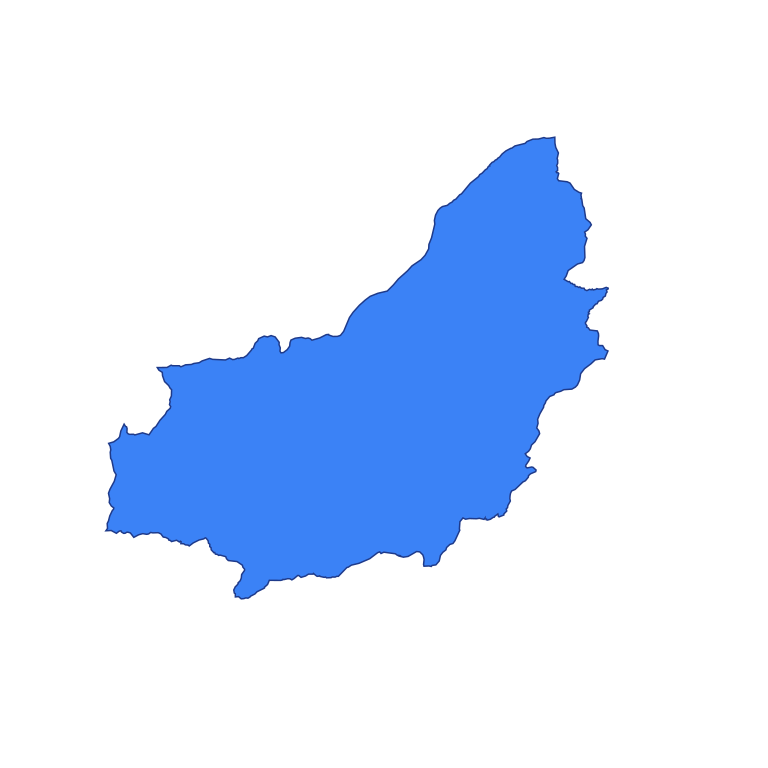 Huye, Southern, Rwanda, rotated 223°
{"feature_id": "39286606B50862047870193", "entity_name": "Huye", "entity_type": "district", "adm_level": 2, "iso_a3": "RWA", "parent_name": "Rwanda", "parent_adm1": "Southern", "projection": "equal_earth", "projection_center": [29.71, -2.532], "detail": "fine", "context": "isolated", "style": "filled", "palette": "blue", "viewbox_px": 768, "rotation_deg": 223, "n_neighbors": 0, "source": "geoboundaries", "source_scale": "gbopen_adm2", "svg_char_len": 6159}
<svg xmlns="http://www.w3.org/2000/svg" viewBox="0 0 768 768"><g transform="rotate(223 384 384)"><path d="M319.9,177.4L317.8,177.9L317.1,180.3L316.5,185.1L315.7,185.8L312.8,186.0L310.4,190.1L309.6,193.4L306.2,196.6L306.4,197.3L302.2,197.6L301.2,198.2L300.2,199.8L299.6,199.6L295.9,201.8L295.0,203.0L293.9,203.0L290.6,206.3L290.2,207.6L288.1,209.4L287.4,211.1L286.2,212.2L286.0,224.5L285.2,225.7L284.3,229.3L280.0,235.8L275.3,246.5L273.6,256.4L272.6,258.3L270.6,258.0L269.4,260.9L259.9,267.6L257.6,267.8L256.0,268.9L256.3,268.2L255.9,268.3L251.7,270.6L248.8,274.3L245.9,283.7L243.4,285.6L239.1,285.5L237.2,284.5L235.0,283.0L232.0,279.0L230.5,278.0L227.0,281.6L225.0,282.8L225.1,284.1L222.7,287.1L222.9,292.2L225.8,297.1L226.2,300.9L225.6,304.9L226.7,307.1L226.4,311.6L224.8,314.4L225.2,317.7L228.9,328.8L229.9,329.3L234.6,335.1L234.9,339.9L232.2,340.7L229.8,343.9L224.5,348.5L222.7,350.8L218.5,353.2L218.7,354.8L218.2,354.2L217.0,355.1L216.6,354.5L215.5,355.1L213.9,357.7L213.2,360.9L212.5,361.9L212.8,362.7L212.1,366.6L210.1,365.2L209.2,365.3L207.0,369.9L207.7,370.8L207.6,374.8L209.4,376.0L209.3,377.8L210.5,379.5L211.8,384.6L213.8,386.0L215.7,388.4L216.9,390.3L217.7,392.8L216.2,396.3L215.6,407.0L214.6,409.7L214.9,414.3L215.8,415.5L215.6,418.2L213.3,423.4L214.1,424.8L218.2,424.7L219.4,424.0L222.1,420.2L224.1,420.2L224.9,421.4L225.7,426.5L226.7,429.5L229.9,428.6L233.1,429.3L232.4,433.5L232.8,436.4L234.5,440.0L234.2,444.8L236.3,453.8L238.6,455.3L242.3,456.0L244.5,460.3L247.6,463.0L249.7,468.6L251.4,475.8L252.5,477.3L253.1,480.2L254.0,482.1L254.3,487.9L252.3,492.1L252.7,493.4L252.4,495.0L249.8,499.2L248.6,502.5L243.1,508.4L241.9,512.3L241.9,515.2L243.6,520.3L247.2,525.6L247.8,531.9L246.4,539.9L246.0,545.7L241.7,551.3L239.7,552.6L242.7,560.9L245.7,559.9L250.3,561.2L252.7,559.0L254.2,558.7L256.7,561.2L259.8,565.5L261.5,567.1L264.2,568.3L270.2,563.9L273.1,564.4L274.5,563.8L275.4,565.0L277.7,565.5L278.7,566.5L278.6,567.6L280.0,572.2L281.0,572.4L282.1,574.2L281.8,575.3L282.6,575.2L283.5,575.9L283.1,576.9L284.2,578.1L283.1,582.4L283.7,583.2L283.7,586.8L282.9,588.0L283.6,590.8L282.1,593.4L282.0,595.3L282.8,596.8L282.1,599.3L283.5,601.6L283.6,603.4L285.6,604.5L284.9,606.4L285.4,607.0L287.4,606.2L289.2,602.5L291.9,599.6L293.4,598.9L293.5,597.9L295.2,595.4L296.4,595.5L296.7,594.2L298.3,593.4L299.3,590.7L301.5,589.9L303.0,590.5L305.0,588.7L307.0,588.6L307.3,587.5L309.3,587.0L310.6,585.8L312.4,586.8L313.5,585.8L315.1,585.9L315.9,585.0L318.3,585.4L319.0,584.4L323.7,583.4L324.4,587.3L326.7,592.6L324.3,603.8L321.6,608.2L321.9,610.7L323.3,613.5L331.2,621.4L334.9,629.0L337.6,629.4L339.0,631.1L340.9,631.9L340.0,635.8L340.9,641.8L343.4,642.7L349.2,642.5L357.6,649.2L360.4,650.0L365.6,654.2L366.3,653.9L366.9,655.1L368.9,656.6L369.7,658.3L372.3,657.1L377.5,656.1L385.0,657.8L388.0,656.8L394.9,651.8L397.2,652.3L399.8,657.1L400.7,657.2L401.9,656.3L402.9,656.7L402.6,658.5L404.8,660.8L406.6,661.4L407.5,663.9L409.9,666.4L411.0,666.8L414.0,671.9L419.8,674.2L423.2,676.7L427.4,681.0L430.9,676.3L433.0,674.3L435.1,673.3L438.1,668.5L442.1,664.6L444.8,658.9L444.9,656.2L450.6,647.4L451.4,643.5L452.0,642.9L453.8,637.7L454.5,632.7L454.2,628.8L454.8,626.6L454.6,625.2L455.3,623.7L455.3,621.5L456.1,619.8L456.1,616.2L455.4,615.6L455.9,615.1L456.0,613.9L455.4,611.8L456.0,609.8L456.0,605.2L456.8,602.4L456.3,600.2L457.8,589.8L457.0,575.9L457.7,574.0L457.5,568.3L458.4,565.9L458.3,563.3L459.2,560.9L459.5,557.9L462.3,553.6L462.9,550.8L462.9,547.7L461.5,542.7L458.7,538.0L455.9,535.6L448.9,523.3L446.4,516.8L443.5,513.3L441.7,506.1L441.7,500.0L444.1,489.5L444.0,482.7L445.1,470.7L444.7,462.8L445.0,454.2L450.4,446.1L453.9,438.7L455.0,432.5L455.7,424.9L455.5,415.3L454.6,409.1L449.4,395.0L449.0,389.9L450.5,387.1L453.7,384.0L457.7,382.2L458.3,382.5L459.9,380.7L462.5,373.7L466.6,366.9L469.0,366.8L470.9,365.9L472.5,363.7L476.1,361.9L480.2,356.9L482.0,352.7L481.0,350.3L478.8,347.3L478.2,343.2L479.0,338.4L480.6,336.5L482.5,337.1L484.5,339.7L487.6,341.2L489.1,343.0L495.7,344.2L499.6,342.4L501.3,339.0L504.3,337.3L506.6,331.7L505.8,329.4L506.0,325.9L504.0,321.0L504.5,319.5L504.1,318.4L503.8,311.2L504.8,307.3L506.6,305.7L507.5,303.6L508.5,303.4L510.1,300.0L511.4,298.6L514.6,297.6L516.3,293.5L526.2,285.1L529.0,283.8L532.8,276.8L533.7,273.5L537.1,269.3L538.2,266.9L542.2,262.7L544.0,258.6L544.6,257.9L546.1,257.8L551.3,253.0L552.5,252.6L554.0,248.1L561.0,241.4L558.0,240.6L554.1,241.3L551.6,239.0L546.1,236.1L540.4,236.0L537.3,235.0L535.5,235.0L531.3,230.2L529.9,226.2L528.4,225.3L526.8,222.6L524.7,222.1L523.8,220.4L524.2,215.9L523.2,212.6L523.1,204.6L521.8,197.4L522.4,194.3L521.2,186.6L527.3,183.6L531.5,176.8L532.8,176.5L535.7,173.7L537.0,173.1L539.0,173.2L541.5,176.2L543.1,177.1L544.1,176.7L546.7,177.4L544.4,170.1L541.4,165.2L541.1,163.1L542.2,157.4L544.9,152.8L541.7,151.7L538.9,149.5L537.7,147.4L533.2,143.2L531.1,142.6L522.1,136.2L518.0,135.0L514.9,128.9L512.7,120.4L511.0,116.2L506.4,113.0L504.1,109.9L500.2,108.8L497.1,109.1L496.3,107.7L496.5,106.5L494.6,100.5L492.1,95.9L491.3,93.2L487.7,89.8L487.3,87.0L483.6,90.8L477.9,92.3L477.3,95.7L476.8,96.6L476.1,97.2L475.1,96.7L472.6,97.2L471.6,98.2L470.9,100.4L469.8,101.2L467.9,102.1L462.4,101.2L460.6,106.4L458.4,110.0L455.1,112.2L453.9,113.8L453.4,116.3L451.6,117.4L447.7,121.3L445.0,122.2L441.1,121.5L438.8,123.0L436.0,123.7L434.9,123.1L433.4,123.9L432.0,123.8L429.1,128.3L425.9,128.9L425.7,130.1L424.9,130.3L423.7,128.7L421.6,130.5L419.6,130.9L417.3,132.6L416.0,132.7L415.1,137.8L412.8,143.9L410.2,147.8L409.8,149.6L409.1,149.9L405.9,149.5L403.8,147.9L402.1,148.0L400.5,146.2L399.0,146.4L397.3,144.9L393.3,144.6L392.9,145.3L391.3,144.6L389.7,145.7L388.0,145.9L387.2,147.1L382.0,149.8L380.0,148.8L377.5,148.7L370.4,153.9L364.0,154.9L362.3,153.8L359.7,153.5L358.9,152.6L358.2,147.6L356.0,144.7L355.0,142.1L355.1,139.0L354.5,138.6L354.3,136.1L354.5,134.4L353.4,130.9L350.9,129.0L349.7,129.2L347.5,126.9L345.4,129.3L341.9,129.5L340.1,131.5L339.2,133.3L337.4,134.6L336.7,137.1L336.9,137.7L335.2,142.5L335.2,145.4L332.5,152.5L332.3,153.3L332.8,153.8L332.4,157.9L334.0,162.2L325.6,169.9L324.5,171.7L324.7,172.1L323.6,173.0L321.6,176.0L319.9,177.4Z" fill="#3b82f6" stroke="#1e3a8a" stroke-width="1.5"/></g></svg>